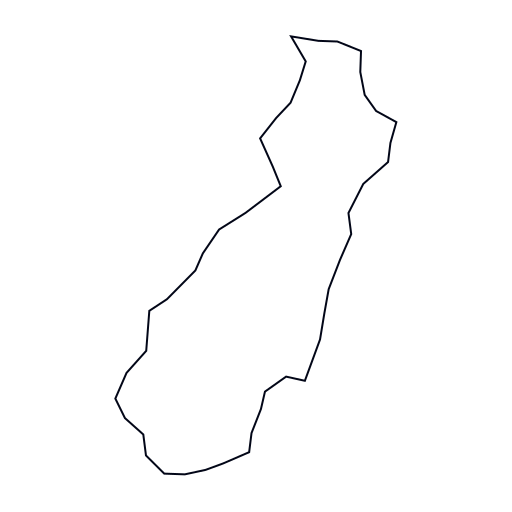 Politiko, Nicosia, Cyprus (Natural Earth projection), rotated 182°
{"feature_id": "46923920B8384928890729", "entity_name": "Politiko", "entity_type": "district", "adm_level": 2, "iso_a3": "CYP", "parent_name": "Cyprus", "parent_adm1": "Nicosia", "projection": "natural_earth1", "projection_center": [33.22, 35.002], "detail": "fine", "context": "isolated", "style": "outline", "palette": "ink", "viewbox_px": 512, "rotation_deg": 182, "n_neighbors": 0, "source": "geoboundaries", "source_scale": "gbopen_adm2", "svg_char_len": 721}
<svg xmlns="http://www.w3.org/2000/svg" viewBox="0 0 512 512"><g transform="rotate(182 256 256)"><path d="M228.6,476.7L213.1,452.2L218.3,433.1L226.8,410.4L240.6,394.7L256.0,373.7L242.3,345.8L233.7,326.6L268.0,298.7L293.8,281.2L309.2,256.8L316.1,239.4L343.5,209.7L360.7,197.5L362.4,157.4L381.3,134.7L391.6,108.6L381.3,89.4L362.4,73.7L359.0,52.8L340.1,35.3L319.5,35.3L298.9,40.5L281.7,47.5L256.0,59.7L254.3,78.9L245.7,103.3L242.3,120.8L221.7,136.5L202.8,133.0L189.1,174.8L185.7,201.0L182.2,225.4L171.9,255.1L161.6,281.2L165.1,302.2L151.3,331.8L127.3,354.5L125.6,373.7L120.4,394.7L141.0,405.1L153.0,420.8L158.2,443.5L158.2,464.5L182.2,473.2L201.1,473.2L228.6,476.7Z" fill="none" stroke="#020617" stroke-width="2"/></g></svg>